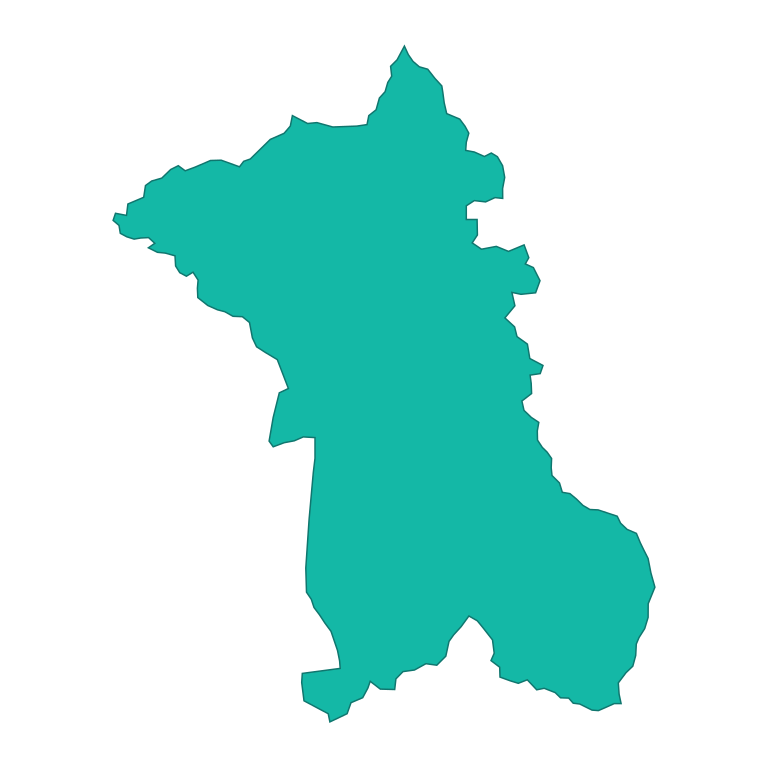 São José do Ouro, Rio Grande do Sul, Brazil
{"feature_id": "56859067B47068484088007", "entity_name": "São José do Ouro", "entity_type": "district", "adm_level": 2, "iso_a3": "BRA", "parent_name": "Brazil", "parent_adm1": "Rio Grande do Sul", "projection": "albers", "projection_center": [-51.559, -27.766], "detail": "fine", "context": "isolated", "style": "filled", "palette": "teal", "viewbox_px": 768, "rotation_deg": 0, "n_neighbors": 0, "source": "geoboundaries", "source_scale": "gbopen_adm2", "svg_char_len": 2769}
<svg xmlns="http://www.w3.org/2000/svg" viewBox="0 0 768 768"><path d="M404.4,46.1L397.1,59.8L390.6,66.3L391.7,76.2L387.8,82.4L385.1,91.7L379.4,98.0L376.1,109.8L368.8,115.6L367.0,124.6L356.8,126.1L332.8,127.0L316.9,122.6L307.6,123.5L292.4,115.6L290.3,126.1L284.1,133.3L270.3,139.4L250.3,159.0L243.7,161.3L239.5,166.8L221.2,160.2L210.5,160.5L194.9,167.2L185.2,170.8L178.3,165.7L170.7,169.5L161.8,178.1L151.7,181.0L145.5,185.5L143.7,197.3L127.9,204.0L126.5,215.4L115.5,213.3L113.1,220.4L119.0,225.4L120.3,233.3L126.8,236.8L134.1,239.1L140.7,238.0L148.6,237.6L154.8,243.3L148.4,247.8L157.4,252.3L165.3,253.1L175.0,255.8L175.6,266.0L179.8,272.7L186.4,276.2L193.0,272.2L198.1,280.1L197.4,288.2L197.8,297.6L207.8,305.5L217.5,309.8L224.8,311.7L233.0,316.3L242.4,316.7L249.5,322.5L252.4,337.9L256.6,346.8L265.6,352.6L277.3,359.6L288.4,388.5L279.3,392.8L273.2,417.4L269.1,441.1L273.2,446.8L284.2,442.7L294.3,440.8L303.3,436.9L315.0,437.6L315.0,458.3L313.3,472.5L309.1,519.3L305.8,568.1L306.5,592.2L311.3,599.3L314.0,607.5L319.5,614.8L325.0,623.2L331.0,631.3L333.8,639.5L337.5,650.4L339.6,660.9L340.2,668.4L302.3,673.4L301.7,682.5L304.0,700.8L328.2,713.7L329.9,721.9L347.1,713.7L351.0,702.7L362.7,697.7L367.9,688.0L370.2,681.3L380.3,689.1L394.7,689.5L395.9,678.9L403.0,671.6L414.5,670.0L425.9,663.7L436.8,665.2L445.8,656.2L449.0,641.4L453.7,634.8L461.1,626.7L468.9,616.0L477.3,620.8L482.8,627.5L492.5,639.9L494.2,653.2L491.0,660.6L499.7,667.2L500.0,677.1L510.5,680.9L518.3,683.3L527.3,679.8L536.7,689.8L544.2,688.3L555.2,692.6L560.5,697.8L568.7,698.1L573.2,703.2L579.7,704.0L592.0,710.1L598.4,710.6L605.5,707.5L614.2,703.6L621.1,703.6L619.1,694.2L618.3,682.9L626.0,672.7L632.8,666.2L635.7,655.5L636.3,644.0L639.0,637.6L644.7,628.6L648.1,617.4L648.2,603.7L654.9,587.2L650.9,572.9L648.1,558.5L643.7,549.8L640.3,542.8L636.4,533.4L627.1,529.4L620.6,523.2L617.2,516.2L607.8,513.1L598.1,509.9L589.9,509.5L582.9,505.4L576.4,499.0L569.9,493.6L562.3,492.3L559.5,483.0L552.0,475.5L551.2,467.8L551.6,458.5L547.1,452.1L542.3,447.4L537.5,440.1L537.3,430.9L538.8,422.4L531.3,417.4L524.0,410.4L521.9,401.0L531.6,393.5L531.2,383.5L530.1,375.1L540.2,373.6L543.0,365.5L529.8,358.5L527.4,344.1L517.0,336.6L514.6,326.9L504.9,317.9L514.9,305.8L511.9,292.4L521.0,294.3L535.6,292.8L540.0,280.7L533.4,267.6L525.3,263.9L528.8,257.7L524.1,244.9L508.5,251.4L496.3,246.4L481.5,249.2L472.2,242.9L477.4,235.0L477.1,219.5L466.3,219.5L466.3,205.8L474.3,200.6L485.6,201.9L495.0,197.6L502.7,198.4L502.6,188.6L504.7,177.4L502.6,165.7L497.4,156.7L491.3,153.0L484.4,156.5L474.3,152.0L465.7,150.4L466.3,142.2L468.8,133.2L465.0,126.2L459.7,119.1L446.7,113.6L444.2,102.8L442.9,92.9L441.8,85.9L435.0,78.5L427.7,69.2L419.3,66.8L413.0,61.4L408.3,54.6L404.4,46.1Z" fill="#14b8a6" stroke="#0f766e" stroke-width="1.5"/></svg>